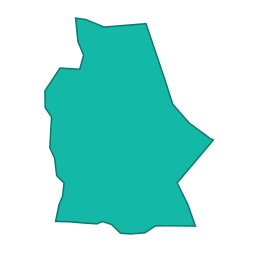 Illéla, Tahoua, Niger, rotated 275°
{"feature_id": "23599985B93785804329420", "entity_name": "Illéla", "entity_type": "district", "adm_level": 2, "iso_a3": "NER", "parent_name": "Niger", "parent_adm1": "Tahoua", "projection": "natural_earth1", "projection_center": [5.19, 14.297], "detail": "fine", "context": "isolated", "style": "filled", "palette": "teal", "viewbox_px": 256, "rotation_deg": 275, "n_neighbors": 0, "source": "geoboundaries", "source_scale": "gbopen_adm2", "svg_char_len": 588}
<svg xmlns="http://www.w3.org/2000/svg" viewBox="0 0 256 256"><g transform="rotate(275 128 128)"><path d="M36.2,203.7L57.3,194.1L77.6,181.7L109.7,204.4L123.5,214.0L124.6,211.0L138.2,188.6L155.6,170.5L180.8,159.9L233.5,136.8L226.5,95.2L232.3,76.8L233.0,66.2L209.8,70.6L196.7,77.4L182.3,74.8L181.8,55.0L157.6,42.0L141.1,43.7L132.2,50.9L101.7,51.8L91.7,57.5L74.3,61.1L67.6,69.1L54.5,68.8L45.7,66.0L28.6,64.0L29.5,78.4L29.5,91.5L29.8,105.4L32.6,110.6L30.5,120.0L22.5,129.7L22.7,139.8L25.0,153.9L32.8,163.6L34.1,176.3L36.2,203.7Z" fill="#14b8a6" stroke="#0f766e" stroke-width="1.5"/></g></svg>